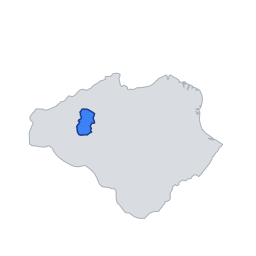 Nigeria, with Gombe highlighted, rotated 214°
{"feature_id": "NGA-2859", "entity_name": "Gombe", "entity_type": "State", "adm_level": 1, "iso_a3": "NGA", "parent_name": "Nigeria", "parent_adm1": "", "projection": "orthographic", "projection_center": [11.213, 10.454], "detail": "fine", "context": "in_parent", "style": "filled", "palette": "blue", "viewbox_px": 256, "rotation_deg": 214, "n_neighbors": 0, "source": "natural_earth", "source_scale": "10m", "svg_char_len": 4368}
<svg xmlns="http://www.w3.org/2000/svg" viewBox="0 0 256 256"><g transform="rotate(214 128 128)"><path d="M200.6,59.6L207.3,68.9L208.8,75.8L209.3,79.2L210.4,79.6L212.5,79.8L214.0,80.5L215.0,81.6L215.5,82.6L215.6,83.3L215.3,87.4L214.8,88.9L215.1,91.0L215.0,91.9L214.8,92.5L213.9,93.2L212.6,93.8L209.6,95.8L208.7,96.2L207.5,96.2L206.4,96.7L205.1,97.8L202.3,101.8L199.9,105.8L198.2,112.3L196.1,114.3L195.7,116.1L195.4,120.2L195.1,121.4L194.8,121.7L192.5,122.5L191.2,123.4L190.4,125.3L189.4,131.5L189.0,132.5L188.3,133.6L187.1,134.8L186.1,135.4L183.5,135.9L181.0,140.5L180.9,141.4L179.8,145.6L177.9,148.8L177.8,150.9L175.4,153.7L174.1,155.6L175.4,157.6L175.5,157.9L171.3,161.3L171.1,161.8L170.9,164.2L170.6,164.8L169.8,165.6L168.7,166.6L167.6,167.3L166.3,167.8L165.0,168.0L164.3,167.7L163.9,167.0L163.2,164.1L162.9,163.5L162.1,163.0L158.9,159.8L156.9,158.7L156.5,158.8L156.2,159.1L155.6,160.7L155.1,161.3L154.1,161.5L152.3,161.5L151.0,161.2L150.7,160.9L150.1,159.7L146.1,162.5L144.7,163.2L142.9,166.6L140.4,168.2L138.7,169.7L134.0,174.3L133.1,175.6L132.1,177.7L130.1,186.3L126.9,191.7L126.5,192.8L126.3,192.8L125.8,193.3L124.6,193.0L124.1,191.9L123.3,191.8L122.0,190.3L121.7,190.5L123.1,194.3L122.5,195.7L118.6,195.7L115.2,196.2L112.9,196.1L111.8,195.6L111.2,194.2L111.0,194.3L110.9,195.1L110.2,195.6L107.6,195.7L106.4,194.7L105.5,193.7L104.5,193.2L104.7,193.6L105.8,194.7L105.7,196.2L103.6,197.9L102.2,198.0L101.4,197.2L101.0,196.0L100.8,194.2L100.2,193.0L99.9,193.0L100.3,195.0L100.3,196.8L101.3,198.2L99.7,198.6L97.9,198.7L97.7,198.1L97.5,197.0L97.1,196.6L96.7,198.6L93.0,199.1L92.4,199.0L92.3,198.7L92.6,198.1L92.6,197.2L91.7,197.9L91.6,199.3L91.1,199.5L89.7,199.3L88.1,198.5L85.6,196.8L82.5,193.9L82.0,192.6L81.1,191.0L79.5,186.7L79.8,186.5L80.5,186.7L80.9,186.3L79.6,186.0L79.3,185.7L79.2,184.7L79.3,183.6L81.3,183.0L81.7,182.3L82.0,181.6L79.6,182.6L77.3,181.4L76.8,180.6L77.1,180.0L79.7,180.0L80.7,179.5L80.1,179.3L79.1,179.3L78.7,178.9L78.8,178.1L78.4,178.2L78.0,179.0L76.5,179.6L75.6,179.0L75.5,177.7L75.3,177.1L74.6,176.6L71.9,173.2L68.6,170.3L65.7,168.3L61.2,167.2L51.8,167.0L51.3,166.8L51.9,166.3L52.7,166.0L55.7,164.5L55.2,164.3L52.1,165.2L51.0,165.3L49.6,167.2L40.4,167.3L40.4,166.5L40.8,164.0L41.4,162.3L40.8,160.2L40.7,158.3L41.1,157.7L41.3,157.0L41.3,152.1L41.8,151.4L41.8,150.9L40.9,148.8L40.9,147.2L40.8,145.7L40.5,144.9L41.0,139.0L40.9,137.5L41.2,136.5L41.4,133.9L41.4,131.4L42.1,127.5L46.1,127.1L47.1,125.5L47.7,123.6L47.5,121.6L48.9,120.0L50.4,118.5L50.4,116.8L50.8,116.3L51.6,116.0L52.6,115.8L53.8,115.0L54.5,113.5L55.2,111.2L54.2,109.6L54.3,109.2L54.7,108.4L55.3,107.5L55.8,107.3L56.9,107.5L57.3,107.2L58.1,104.6L58.0,104.0L57.0,102.2L56.6,97.6L56.3,97.0L55.5,96.1L53.4,92.8L53.4,91.2L54.4,89.3L55.0,88.3L55.9,87.8L56.1,87.4L55.8,86.8L55.4,86.4L55.4,85.5L55.8,84.3L55.7,82.9L56.1,75.9L57.9,74.6L60.6,72.4L62.0,70.0L62.7,68.3L63.7,62.3L65.1,61.7L67.8,59.6L71.3,58.4L73.6,58.0L77.6,58.3L79.6,58.2L81.4,57.0L82.2,56.7L83.3,56.5L93.2,59.8L94.1,59.7L94.8,59.9L96.1,60.7L99.0,63.7L102.0,68.2L102.9,69.2L103.9,69.7L104.8,69.9L105.6,69.9L106.3,69.4L107.3,68.6L108.8,68.2L110.0,68.3L116.3,65.0L116.9,64.9L120.7,65.7L125.9,69.2L130.1,71.5L133.1,72.3L136.7,72.8L142.7,73.0L147.3,68.2L149.0,67.2L151.0,66.2L155.2,65.3L162.2,64.7L168.8,65.0L172.9,65.8L177.2,67.4L179.1,68.9L182.0,69.1L184.1,68.8L184.7,67.3L186.8,65.3L190.0,63.5L192.5,62.2L194.6,61.6L196.5,60.2L198.0,59.7L200.6,59.6ZM107.8,197.6L106.4,198.1L105.4,198.0L106.7,196.0L107.4,196.4L108.2,196.6L107.8,197.6Z" fill="#d9dde1" stroke="#a8b0b8" stroke-width="1"/><path d="M163.8,121.1L163.9,120.8L163.6,120.4L163.1,119.5L162.9,118.6L162.8,117.6L162.4,116.6L159.3,114.4L158.7,113.5L158.8,113.0L160.5,112.2L160.5,111.7L160.5,111.3L160.5,109.2L160.2,108.3L159.3,107.7L158.2,107.2L158.1,106.1L157.6,105.0L156.0,104.3L156.1,103.9L156.8,102.8L157.1,102.3L157.6,100.5L158.0,99.4L158.5,99.1L159.6,98.7L160.0,98.3L160.8,97.4L162.1,96.6L162.5,96.2L162.7,95.9L163.0,95.7L165.0,95.1L167.0,96.1L168.0,96.8L168.8,97.7L169.5,98.7L171.0,100.2L171.3,100.6L171.4,101.1L171.3,104.5L171.4,105.6L171.5,106.1L172.5,106.2L173.1,106.1L173.2,107.4L172.2,109.2L172.1,109.8L172.4,110.5L172.9,111.0L173.5,111.4L174.1,111.7L174.6,112.0L175.6,113.6L176.7,114.3L176.5,115.6L176.6,117.5L176.4,118.2L175.8,118.6L173.1,120.3L171.9,120.8L170.5,121.0L165.4,121.3L163.8,121.1Z" fill="#3b82f6" stroke="#1e3a8a" stroke-width="1.5"/></g></svg>